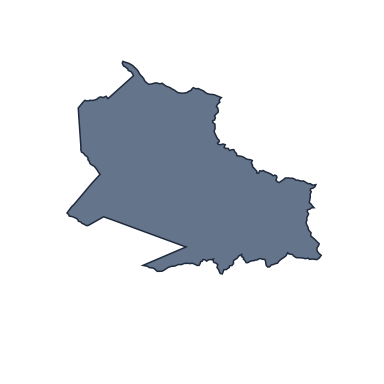 Irauçuba, Ceará, Brazil (orthographic projection), rotated 307°
{"feature_id": "56859067B61875924622713", "entity_name": "Irauçuba", "entity_type": "district", "adm_level": 2, "iso_a3": "BRA", "parent_name": "Brazil", "parent_adm1": "Ceará", "projection": "orthographic", "projection_center": [-39.789, -3.889], "detail": "fine", "context": "isolated", "style": "filled", "palette": "slate", "viewbox_px": 384, "rotation_deg": 307, "n_neighbors": 0, "source": "geoboundaries", "source_scale": "gbopen_adm2", "svg_char_len": 4401}
<svg xmlns="http://www.w3.org/2000/svg" viewBox="0 0 384 384"><g transform="rotate(307 192 192)"><path d="M272.4,286.5L270.4,284.7L269.9,283.1L269.9,281.5L268.6,279.9L268.2,277.2L268.0,274.5L266.5,272.7L265.7,271.0L265.2,269.3L264.1,268.1L264.1,266.3L263.8,264.8L263.2,263.5L262.0,262.1L261.4,260.7L260.4,259.5L259.2,258.0L256.5,257.5L254.1,256.6L252.1,256.0L251.5,254.0L252.0,252.0L253.4,251.4L254.9,251.0L255.7,249.7L255.3,247.9L253.8,247.1L253.9,244.6L253.3,241.9L252.8,239.9L252.3,238.6L252.0,235.8L250.6,235.1L249.7,233.3L247.2,233.8L246.2,232.3L247.6,231.3L248.0,229.0L248.4,227.1L248.5,225.5L250.0,223.9L250.7,222.2L252.0,221.6L253.4,221.3L253.1,219.6L251.2,216.1L250.9,213.2L250.6,210.9L249.4,208.4L248.0,206.0L249.4,204.5L249.9,202.0L251.0,199.8L249.8,198.4L247.7,196.9L248.6,194.7L247.0,192.5L247.0,190.7L249.8,190.1L249.0,187.9L247.2,186.5L245.9,184.4L246.4,182.9L248.6,183.5L249.7,182.4L250.0,180.0L251.4,177.3L252.4,175.3L253.8,173.1L256.5,172.3L260.0,169.5L260.0,166.9L261.4,165.6L263.1,166.7L265.5,165.9L266.3,164.2L268.4,164.3L271.3,164.9L272.6,164.2L274.8,161.7L274.8,160.1L277.0,159.6L279.0,159.9L280.5,160.2L281.5,158.6L282.9,158.3L285.1,158.6L284.6,157.2L284.3,155.8L283.7,153.7L283.2,151.7L282.3,149.7L281.1,148.0L280.3,146.4L279.7,144.6L279.5,142.7L279.7,140.7L279.2,138.5L278.8,136.6L278.4,134.7L277.1,133.4L276.5,131.9L276.1,130.2L274.2,129.9L272.5,130.0L270.4,128.8L268.4,128.1L267.2,127.1L265.9,125.8L264.8,124.4L263.9,122.8L263.1,121.5L262.8,120.0L262.8,118.1L262.7,115.9L262.3,114.0L262.2,111.7L261.4,109.1L260.9,107.3L260.9,105.5L260.9,102.7L259.0,101.3L258.4,99.5L257.7,97.8L255.9,96.1L253.9,94.7L252.1,92.8L251.9,91.0L252.1,88.3L252.5,86.8L253.5,85.1L254.1,82.7L254.3,80.8L254.9,78.7L256.0,76.5L256.6,74.2L256.8,72.6L257.1,70.4L257.3,68.3L257.0,66.1L256.9,64.6L256.4,63.1L255.8,61.4L255.3,60.0L254.8,58.2L253.1,58.6L251.9,60.4L251.4,61.9L251.9,63.5L251.6,65.0L251.7,66.6L250.7,67.9L251.1,69.6L251.4,71.2L250.7,73.3L249.6,75.3L216.0,68.7L216.8,65.8L215.2,64.9L213.7,64.0L213.4,62.6L212.4,61.3L210.9,60.6L208.9,60.2L206.8,58.9L204.7,56.8L203.9,55.3L202.5,54.5L201.6,53.3L200.7,51.2L197.7,50.9L190.6,50.6L160.7,76.5L158.9,77.7L157.4,79.7L157.7,81.8L157.0,84.3L157.1,86.6L156.7,88.4L155.1,89.5L154.9,91.0L154.0,92.4L153.3,93.6L153.3,95.8L153.7,98.4L153.2,100.6L152.6,102.6L151.9,104.5L151.3,106.1L150.8,108.0L139.0,106.8L124.2,106.0L111.4,105.3L107.4,104.7L100.0,104.8L99.9,106.6L98.9,108.5L99.8,110.2L100.6,112.1L101.0,114.1L101.4,116.0L101.2,117.5L100.3,118.9L101.1,121.0L100.8,123.2L101.2,124.6L101.5,126.6L101.8,128.3L103.1,129.4L119.0,136.3L121.7,144.8L131.5,177.4L144.5,220.3L103.9,197.0L104.9,199.2L106.0,201.4L105.9,203.1L106.6,204.6L107.6,206.2L108.1,207.7L107.9,209.7L107.7,211.9L109.6,214.4L110.7,215.7L112.6,216.7L115.0,217.5L117.4,218.4L119.1,219.5L120.3,220.3L122.3,222.7L125.9,224.8L127.6,227.2L130.4,228.9L132.6,231.7L133.8,233.8L135.2,234.9L136.2,238.6L136.3,240.0L137.6,241.8L139.4,241.6L141.6,240.9L143.1,241.9L144.6,241.4L145.7,243.1L145.6,245.3L147.8,246.0L149.0,247.1L149.7,248.5L151.4,249.5L149.9,250.2L148.9,251.7L149.7,254.3L149.4,256.4L146.8,257.3L146.1,259.7L144.6,262.2L143.9,263.6L144.8,265.5L146.9,264.9L149.0,264.2L150.5,265.9L154.0,267.2L155.5,266.4L157.5,268.2L159.9,268.2L161.6,266.7L163.2,266.6L164.7,267.4L166.1,267.9L169.4,267.9L172.0,269.3L170.3,270.4L170.6,272.7L169.3,273.4L169.2,275.4L168.1,277.7L169.1,279.1L170.9,279.8L172.1,280.6L173.4,281.5L174.4,282.8L175.8,283.6L177.1,285.1L178.6,285.5L179.9,286.5L180.6,288.6L181.8,290.4L181.4,291.9L178.8,294.5L177.8,296.0L177.7,297.6L178.8,299.0L181.6,299.3L183.0,300.6L184.7,301.5L186.5,303.1L189.1,303.1L191.3,303.5L197.1,305.4L198.9,305.3L201.1,305.0L200.9,307.0L201.9,308.4L202.5,310.0L202.1,312.0L202.2,313.9L202.6,315.3L203.6,316.6L205.0,318.6L206.2,320.6L206.8,322.3L207.7,323.5L209.1,324.5L208.9,326.3L211.0,328.6L212.1,330.6L213.2,332.5L216.1,333.4L219.2,333.3L219.4,329.7L220.2,327.6L221.3,326.3L222.9,325.4L224.9,325.4L227.2,324.8L227.5,322.0L227.8,320.2L228.2,317.5L228.3,315.3L228.3,313.4L229.6,312.4L231.2,311.5L231.4,309.6L232.2,307.4L233.8,305.7L234.7,303.6L236.4,301.3L238.7,300.8L240.5,299.1L244.6,298.4L245.7,295.9L247.1,294.9L249.6,296.6L251.3,297.0L252.9,298.9L253.3,296.7L254.1,293.8L254.1,292.0L257.2,290.5L259.4,289.4L260.7,288.0L264.1,287.0L264.5,285.3L266.1,284.9L268.0,286.4L270.2,287.0L272.4,286.5Z" fill="#64748b" stroke="#1e293b" stroke-width="1.5"/></g></svg>